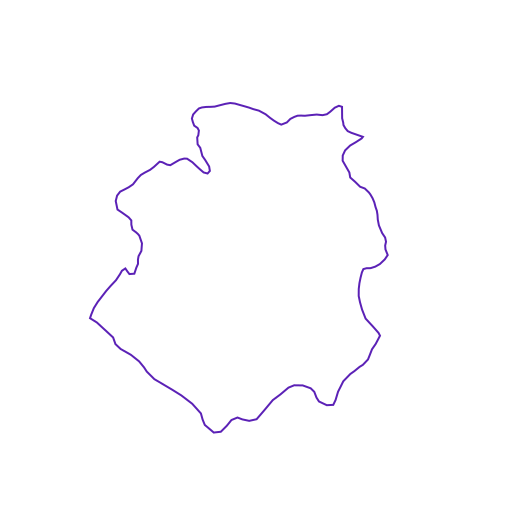 the district of Kanowit, Sarawak, Malaysia, rotated 212°
{"feature_id": "92858781B72543714708514", "entity_name": "Kanowit", "entity_type": "district", "adm_level": 2, "iso_a3": "MYS", "parent_name": "Malaysia", "parent_adm1": "Sarawak", "projection": "robinson", "projection_center": [112.256, 1.947], "detail": "fine", "context": "isolated", "style": "outline", "palette": "violet", "viewbox_px": 512, "rotation_deg": 212, "n_neighbors": 0, "source": "geoboundaries", "source_scale": "gbopen_adm2", "svg_char_len": 2591}
<svg xmlns="http://www.w3.org/2000/svg" viewBox="0 0 512 512"><g transform="rotate(212 256 256)"><path d="M228.5,413.7L240.4,411.0L244.4,410.5L248.0,411.7L251.2,413.4L252.7,415.3L255.9,418.4L258.4,422.3L262.1,428.1L265.3,427.3L267.8,423.5L269.5,417.7L271.0,413.8L274.2,410.7L279.5,408.1L284.6,404.2L288.9,400.8L292.3,398.9L295.1,397.0L297.2,394.3L299.5,390.5L300.6,385.6L304.2,380.8L307.8,380.3L312.7,380.3L317.2,380.6L323.0,381.3L330.6,380.8L336.2,379.1L340.4,378.2L345.7,376.7L349.8,375.5L354.7,374.1L358.9,372.1L362.6,368.8L367.0,364.2L370.2,360.8L373.6,358.4L375.1,357.4L377.0,356.2L380.6,353.3L382.6,350.9L383.6,346.8L384.3,342.7L383.2,338.6L380.6,336.2L377.5,333.8L373.4,333.6L370.9,332.1L368.9,327.8L368.7,325.4L364.7,319.8L360.6,318.2L354.5,312.4L350.0,310.5L343.2,307.1L340.2,303.7L340.8,300.3L344.7,299.1L349.4,299.8L353.8,300.6L359.6,301.8L366.0,302.0L368.5,300.6L371.7,297.2L373.4,294.1L376.8,287.6L379.8,286.4L385.1,285.9L387.7,284.9L389.8,277.4L391.5,272.9L394.5,267.8L396.6,263.7L397.5,259.4L398.3,251.6L400.4,246.8L402.8,242.7L405.3,238.6L405.8,233.6L404.1,228.3L398.1,222.0L392.4,221.8L384.5,221.3L380.6,220.1L378.3,216.5L374.7,212.9L371.3,212.6L370.8,212.6L367.9,212.1L365.7,211.4L363.6,209.7L359.4,206.3L355.9,199.6L355.5,193.6L354.2,190.4L351.9,186.8L351.3,182.7L349.8,176.5L353.8,173.6L357.0,174.8L360.2,176.2L361.9,172.4L361.7,168.5L361.9,161.3L363.4,153.8L364.5,147.1L365.9,133.1L365.9,125.9L364.7,119.1L363.8,115.3L355.7,115.3L334.0,111.2L328.5,106.8L321.5,105.4L309.8,105.9L299.3,104.7L291.9,102.2L287.4,100.1L277.0,97.7L256.3,98.2L245.5,98.2L231.8,96.9L219.3,93.3L214.6,89.0L209.9,85.6L198.2,83.9L197.4,84.6L192.7,88.3L190.8,96.5L189.9,103.9L186.1,109.2L181.0,110.2L174.4,112.6L169.0,117.9L167.3,129.0L165.4,142.7L162.0,151.4L158.7,161.6L155.1,166.6L147.8,171.0L139.5,172.8L134.6,171.7L129.7,168.0L125.5,166.0L116.9,167.0L111.6,170.7L112.2,176.0L114.5,184.4L115.0,190.0L115.6,196.0L113.5,205.9L111.6,210.4L109.4,216.9L107.7,220.3L106.2,227.6L107.1,232.6L108.2,238.4L107.9,244.9L108.6,254.1L111.3,255.7L119.6,258.2L129.9,261.0L137.7,266.8L143.3,271.9L147.7,276.5L151.4,282.5L153.9,287.8L155.8,292.9L157.5,298.2L158.0,301.8L155.8,304.2L152.4,306.4L149.2,310.2L146.7,314.8L145.0,321.3L144.8,326.6L149.7,330.2L152.0,333.3L153.3,337.0L156.3,340.1L161.2,342.3L168.0,347.1L172.0,351.4L174.8,355.3L177.5,358.4L180.5,360.8L184.1,364.2L187.8,366.8L191.6,368.8L193.9,369.7L199.5,370.9L204.4,369.9L211.1,371.4L217.7,372.5L221.1,376.3L233.0,382.7L235.7,387.2L236.4,392.8L234.7,399.6L231.7,405.3L228.7,411.7L228.5,413.7Z" fill="none" stroke="#5b21b6" stroke-width="2"/></g></svg>